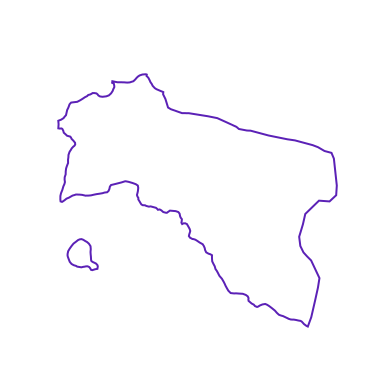 the district of Vermali, Shefa, Vanuatu, rotated 285°
{"feature_id": "77236927B83961897513760", "entity_name": "Vermali", "entity_type": "district", "adm_level": 2, "iso_a3": "VUT", "parent_name": "Vanuatu", "parent_adm1": "Shefa", "projection": "robinson", "projection_center": [168.163, -16.618], "detail": "fine", "context": "isolated", "style": "outline", "palette": "violet", "viewbox_px": 384, "rotation_deg": 285, "n_neighbors": 0, "source": "geoboundaries", "source_scale": "gbopen_adm2", "svg_char_len": 4505}
<svg xmlns="http://www.w3.org/2000/svg" viewBox="0 0 384 384"><g transform="rotate(285 192 192)"><path d="M281.1,138.4L281.4,135.9L281.8,133.2L282.1,131.1L282.7,129.2L284.4,126.5L286.0,125.1L287.3,123.5L288.8,122.3L291.0,120.3L292.2,118.4L292.2,118.2L293.1,117.9L293.7,117.9L293.8,117.0L293.2,115.2L292.6,113.6L291.0,111.2L289.5,109.9L288.0,109.0L285.9,108.0L283.8,106.7L282.6,104.8L281.8,103.6L281.0,101.4L280.7,100.0L280.4,98.3L279.4,94.1L278.7,91.5L278.5,88.5L278.5,88.0L278.4,86.4L276.8,86.6L276.5,88.4L274.5,89.4L273.6,89.7L272.9,89.8L271.3,89.4L269.0,89.2L266.3,88.3L263.8,86.7L262.2,84.4L260.8,80.9L260.5,78.4L261.0,76.6L261.9,75.5L262.5,74.2L262.3,72.0L261.8,70.3L260.9,69.6L259.7,68.2L258.9,66.7L257.5,65.9L255.8,64.0L253.6,62.1L251.7,60.3L249.4,57.8L248.0,54.3L247.1,52.1L246.0,51.5L244.9,51.0L243.4,50.9L241.3,50.7L238.9,50.2L236.3,50.3L233.8,50.4L233.6,50.4L231.6,49.4L230.1,48.8L228.0,46.9L226.8,45.2L226.2,44.4L225.1,44.8L223.8,45.3L222.5,45.7L220.9,46.0L218.9,46.4L219.0,47.7L219.6,49.5L219.5,50.0L219.3,50.5L217.7,51.9L217.3,52.1L216.1,52.8L215.2,54.6L214.0,56.8L214.0,60.0L213.7,60.4L213.4,60.9L212.1,62.0L210.9,64.1L209.3,66.3L207.6,66.9L206.1,66.4L205.1,65.6L203.0,64.5L201.0,64.0L200.6,63.8L198.9,63.3L195.8,63.1L193.6,63.6L191.1,63.9L187.9,64.8L186.3,64.6L184.3,64.4L182.1,64.3L179.2,64.7L176.3,65.4L173.4,65.2L171.1,65.7L169.4,66.4L168.7,66.7L166.6,66.7L164.2,66.3L160.1,66.2L158.7,66.0L156.8,65.8L154.1,65.9L150.6,66.8L148.9,67.5L148.8,69.0L149.7,69.9L151.3,71.2L153.1,72.5L154.7,74.6L157.6,77.5L158.8,79.5L159.5,80.5L160.3,83.7L160.8,86.6L160.9,90.0L161.6,92.5L162.6,95.3L163.9,97.7L165.2,100.3L166.5,103.3L167.7,105.9L168.8,107.6L169.8,110.1L171.4,111.1L173.3,111.4L173.8,111.4L175.9,111.3L177.8,112.0L178.7,113.7L180.3,116.6L181.6,118.9L183.0,121.4L184.8,124.2L185.2,125.1L185.4,128.1L185.3,132.3L185.0,135.7L184.2,138.0L182.1,139.0L178.9,139.5L176.9,139.6L176.6,139.6L174.9,139.6L173.5,140.5L172.4,141.7L170.9,142.1L169.5,143.6L168.0,145.1L166.9,146.3L166.5,147.8L167.0,150.0L166.7,151.5L166.7,154.1L167.4,155.8L167.4,157.8L167.4,159.4L167.4,161.3L166.6,162.9L166.0,163.7L166.8,165.3L166.3,167.2L165.2,169.4L165.2,172.1L165.4,173.1L166.9,174.3L167.1,174.5L168.3,175.5L168.7,177.8L169.3,181.2L169.1,184.0L167.9,185.6L165.5,186.8L164.3,187.7L163.2,189.2L163.0,189.3L161.2,189.6L159.6,189.7L158.5,190.8L159.5,191.9L160.0,193.5L159.7,195.4L158.6,196.5L157.5,197.6L155.7,199.3L153.9,200.4L152.8,200.4L152.1,200.4L150.4,200.3L148.6,200.4L147.3,202.0L147.1,203.1L146.7,204.5L146.9,205.6L146.8,207.6L146.1,209.9L145.2,212.4L144.3,215.9L143.5,216.7L142.9,217.4L141.1,218.8L140.3,219.2L139.3,219.7L137.4,221.3L136.7,223.9L136.6,225.9L136.1,227.7L134.7,228.0L132.4,228.7L130.2,229.5L127.8,231.6L126.1,233.2L124.4,234.2L123.8,234.5L122.2,236.4L120.1,238.4L119.6,238.8L118.0,240.3L116.0,243.3L113.3,246.0L111.6,247.5L110.2,248.6L108.0,250.7L106.1,252.6L104.4,255.5L104.9,258.9L105.5,260.7L106.0,263.4L106.8,267.3L106.8,267.5L106.5,270.6L105.6,272.9L104.1,274.1L103.0,274.2L101.5,274.8L100.8,276.2L99.7,278.5L99.2,280.8L98.1,282.4L97.8,284.6L98.4,285.5L99.9,286.9L101.6,289.1L102.8,291.7L102.5,293.8L101.7,296.3L100.5,299.2L98.9,302.8L97.2,305.3L95.9,307.8L95.7,310.2L95.7,312.0L95.3,314.2L94.9,316.3L94.8,317.3L94.5,317.8L94.5,318.8L94.4,320.2L94.7,321.9L95.1,323.4L95.3,325.5L95.4,328.2L95.6,330.1L95.3,331.4L94.5,332.7L93.4,334.4L92.3,337.2L92.0,338.7L101.9,339.6L118.8,339.0L132.3,338.4L141.8,337.4L156.7,324.8L159.6,319.8L162.5,315.3L167.9,310.6L176.5,307.1L189.5,307.5L200.1,307.1L216.5,316.9L218.5,327.3L226.2,332.1L235.7,330.2L261.0,320.4L265.9,316.6L265.9,309.4L267.9,302.1L268.5,296.4L268.5,281.3L268.5,278.1L267.6,270.5L266.4,251.3L266.4,242.1L266.4,237.4L266.4,232.7L265.6,229.2L265.0,221.0L266.4,218.1L268.2,207.7L269.9,197.3L269.3,187.9L267.3,168.6L265.6,161.9L266.5,150.2L267.4,147.0L274.9,142.3L278.9,138.8L281.1,138.4ZM101.4,87.8L100.6,87.8L98.8,88.1L97.5,88.7L95.5,90.1L92.9,92.0L91.3,94.3L90.7,96.7L90.6,99.2L90.2,100.4L90.4,102.5L90.6,104.6L91.7,106.6L91.8,107.0L92.3,108.0L92.8,109.0L93.2,110.4L92.9,112.2L92.0,113.4L90.7,114.6L90.7,115.9L91.4,117.0L92.3,118.4L93.3,120.5L94.4,120.4L95.6,120.3L96.8,119.7L97.4,118.8L98.0,117.9L98.4,116.1L98.6,114.7L99.0,113.3L99.2,112.9L99.6,112.4L100.6,112.0L102.1,111.5L103.6,111.0L105.7,110.2L107.8,109.5L110.6,109.0L113.4,108.0L115.4,105.8L116.5,103.6L117.0,101.6L117.7,99.4L117.9,97.5L117.2,95.8L116.1,94.4L113.8,92.7L111.5,90.9L108.8,89.7L105.6,88.5L102.7,87.7L101.4,87.8Z" fill="none" stroke="#5b21b6" stroke-width="2"/></g></svg>